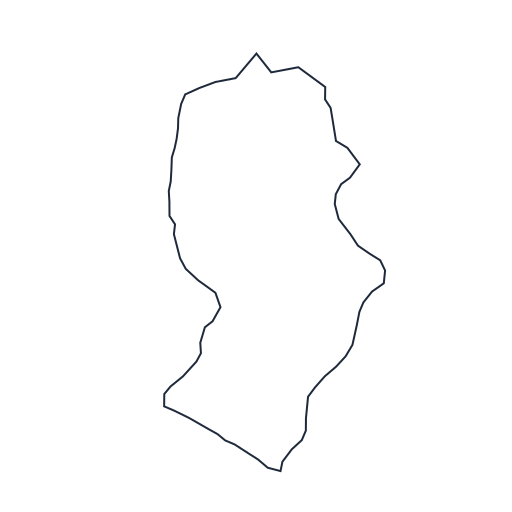 Krini, Cyprus (Albers equal-area conic projection), rotated 203°
{"feature_id": "46923920B47600547023009", "entity_name": "Krini", "entity_type": "district", "adm_level": 2, "iso_a3": "CYP", "parent_name": "Cyprus", "parent_adm1": "", "projection": "albers", "projection_center": [33.246, 35.277], "detail": "fine", "context": "isolated", "style": "outline", "palette": "slate", "viewbox_px": 512, "rotation_deg": 203, "n_neighbors": 0, "source": "geoboundaries", "source_scale": "gbopen_adm2", "svg_char_len": 1112}
<svg xmlns="http://www.w3.org/2000/svg" viewBox="0 0 512 512"><g transform="rotate(203 256 256)"><path d="M334.7,442.5L344.2,411.8L361.4,400.3L373.9,388.4L384.3,377.1L384.3,366.7L381.4,352.5L377.7,343.1L374.8,332.7L373.0,323.3L372.0,313.9L367.3,301.6L363.6,291.2L361.7,281.8L357.0,272.3L351.3,259.1L342.9,253.5L340.1,244.0L325.0,224.2L315.6,216.7L299.7,211.0L279.0,206.3L268.7,195.0L270.5,178.9L275.2,170.4L273.4,154.4L268.7,145.0L269.6,135.5L276.2,116.7L283.7,102.5L286.5,93.1L281.8,81.7L271.5,81.7L254.6,80.8L231.1,78.0L221.7,77.0L212.3,74.2L202.0,74.2L186.0,71.4L174.7,69.5L162.5,65.7L149.4,67.6L151.3,77.0L147.5,92.1L141.9,104.4L141.9,114.8L146.6,126.1L153.1,146.8L150.3,158.2L145.6,172.3L139.0,185.5L134.3,198.7L132.5,211.9L136.2,231.8L139.0,245.0L139.0,255.3L135.3,268.6L127.7,280.8L131.5,293.1L140.0,300.6L146.5,301.6L152.2,302.5L161.6,304.4L166.3,305.4L177.5,312.9L194.4,322.4L203.8,334.6L206.7,344.1L205.7,355.4L200.1,364.8L196.3,380.9L214.2,391.3L227.3,393.1L238.6,411.1L245.2,421.5L253.6,427.1L258.3,438.6L290.8,446.3L313.7,431.0L334.7,442.5Z" fill="none" stroke="#1e293b" stroke-width="2"/></g></svg>